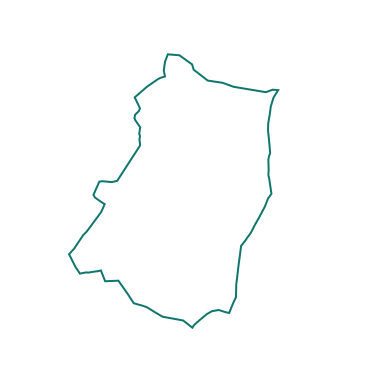 Dutsi, Katsina, Nigeria, rotated 38°
{"feature_id": "59680162B60349541451220", "entity_name": "Dutsi", "entity_type": "district", "adm_level": 2, "iso_a3": "NGA", "parent_name": "Nigeria", "parent_adm1": "Katsina", "projection": "natural_earth1", "projection_center": [8.146, 12.921], "detail": "fine", "context": "isolated", "style": "outline", "palette": "teal", "viewbox_px": 384, "rotation_deg": 38, "n_neighbors": 0, "source": "geoboundaries", "source_scale": "gbopen_adm2", "svg_char_len": 1432}
<svg xmlns="http://www.w3.org/2000/svg" viewBox="0 0 384 384"><g transform="rotate(38 192 192)"><path d="M284.0,237.9L273.2,220.1L268.6,212.2L263.9,204.3L263.9,197.5L263.7,194.2L263.5,188.0L261.7,178.6L260.7,171.5L258.4,158.6L255.9,150.2L255.7,144.5L244.7,134.0L241.7,131.6L238.9,127.5L232.2,119.4L230.8,116.7L229.6,113.2L226.0,109.3L220.4,103.3L214.1,96.8L209.9,91.1L208.0,87.7L205.5,83.0L201.4,76.0L198.1,67.4L197.2,58.7L192.6,61.7L188.7,67.9L160.0,83.5L149.1,87.0L135.8,94.5L118.0,94.6L113.5,91.4L105.9,91.7L97.9,92.0L88.2,98.4L90.5,105.9L95.0,113.7L99.6,117.6L96.7,121.7L95.7,124.0L91.7,136.8L88.6,152.7L93.5,155.1L99.5,158.1L100.3,161.0L99.6,166.0L101.1,169.2L103.3,170.4L111.3,172.9L114.7,178.8L115.9,179.4L117.0,180.5L118.2,183.0L119.6,184.3L120.8,185.4L122.2,187.1L122.6,188.4L123.3,197.0L126.2,229.2L122.7,233.6L114.7,238.7L112.6,240.9L116.1,254.9L117.3,255.4L118.9,256.1L125.7,255.8L130.7,255.4L132.7,263.3L132.9,267.9L133.4,288.0L132.8,293.0L134.0,309.3L133.4,316.7L146.3,322.8L153.9,325.3L157.6,321.1L158.1,320.5L159.9,319.4L162.4,316.6L164.9,314.0L166.9,312.0L168.5,309.9L178.5,315.8L188.6,307.2L204.3,312.0L214.6,315.5L216.6,314.7L217.9,314.2L223.3,311.9L227.7,310.5L235.7,309.7L245.6,308.4L264.1,298.7L275.8,298.7L275.6,295.2L277.2,286.7L278.9,278.9L281.3,273.3L283.9,270.6L285.7,268.5L292.3,266.1L295.8,264.4L294.0,258.4L293.0,254.8L291.4,247.8L284.0,237.9Z" fill="none" stroke="#0f766e" stroke-width="2"/></g></svg>